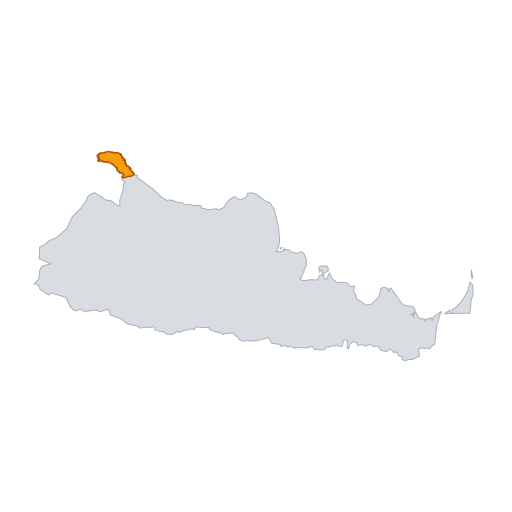 Misiones highlighted on a map of Argentina, rotated 274°
{"feature_id": "ARG-1312", "entity_name": "Misiones", "entity_type": "Province", "adm_level": 1, "iso_a3": "ARG", "parent_name": "Argentina", "parent_adm1": "", "projection": "equal_earth", "projection_center": [-54.653, -26.821], "detail": "fine", "context": "in_parent", "style": "filled", "palette": "amber", "viewbox_px": 512, "rotation_deg": 274, "n_neighbors": 0, "source": "natural_earth", "source_scale": "10m", "svg_char_len": 8173}
<svg xmlns="http://www.w3.org/2000/svg" viewBox="0 0 512 512"><g transform="rotate(274 256 256)"><path d="M308.1,157.5L305.3,163.2L306.0,167.0L303.6,175.9L304.3,177.7L302.2,181.9L303.0,186.5L302.0,190.8L302.6,196.3L301.8,198.0L300.0,198.5L298.8,206.1L300.5,213.4L299.2,214.8L301.8,220.1L309.4,224.7L313.4,229.4L313.5,231.4L311.5,234.3L311.4,236.8L312.5,240.1L314.5,242.2L318.2,243.4L318.7,248.1L318.1,251.1L311.4,261.7L310.0,266.3L303.6,271.0L287.0,276.3L274.1,278.4L266.7,278.0L261.7,275.8L262.3,281.7L264.8,283.4L263.5,283.5L264.6,284.6L264.2,289.4L262.7,290.3L261.7,294.3L261.9,297.8L263.5,300.6L262.1,303.4L256.6,306.3L250.0,306.9L237.5,302.4L237.9,301.7L237.3,301.4L235.3,302.3L234.7,306.2L236.3,312.3L236.2,317.5L237.0,319.2L241.6,321.2L241.3,323.3L242.8,323.5L246.0,323.0L246.3,321.3L244.6,320.7L248.8,319.3L250.6,321.5L250.9,326.9L250.3,328.3L246.9,329.2L246.0,329.0L243.9,325.3L242.2,324.5L237.6,326.5L237.1,327.7L244.2,330.4L239.2,333.2L235.4,338.1L235.8,347.1L235.0,349.6L232.4,351.9L232.0,353.6L233.0,354.6L232.7,356.3L227.3,355.8L223.7,358.5L220.3,359.4L214.7,369.4L215.9,374.2L223.4,381.2L232.4,383.0L233.6,385.4L233.4,388.1L232.5,389.7L229.4,391.3L232.1,391.3L233.4,392.6L218.6,404.9L216.9,408.4L216.6,415.8L215.5,417.3L212.4,418.7L210.1,417.2L208.2,414.5L208.4,416.7L205.5,417.5L209.1,417.6L210.9,419.3L206.3,422.0L205.1,424.3L204.8,427.7L203.1,429.6L204.6,429.2L206.5,435.6L202.8,436.1L207.5,437.2L213.4,444.5L213.0,445.0L212.8,444.3L198.7,441.0L180.2,440.5L180.2,439.5L175.6,435.6L176.2,432.8L175.3,430.4L176.0,428.2L175.0,425.5L173.4,424.6L167.6,426.2L163.5,418.9L163.3,415.0L162.0,412.5L162.7,409.2L165.7,409.1L166.3,405.6L169.9,403.0L169.6,399.7L171.8,397.8L172.2,396.2L169.6,391.9L170.8,387.2L174.6,383.6L173.8,379.0L175.9,376.8L173.6,370.7L175.7,368.1L174.4,366.7L174.1,363.5L176.4,362.6L177.5,359.1L174.9,355.9L170.5,355.0L170.1,353.3L177.9,353.2L178.6,350.7L178.0,349.1L172.0,348.4L171.7,344.9L172.8,342.7L171.5,340.4L171.7,338.3L170.0,335.2L171.3,333.8L167.2,330.6L166.7,325.3L167.5,324.0L166.7,321.1L170.0,318.5L167.9,313.3L167.5,303.5L166.7,300.8L168.6,296.8L167.3,294.1L168.7,292.0L167.7,286.9L169.4,286.5L170.1,277.6L174.5,275.0L175.3,273.2L171.3,262.0L171.4,257.7L170.5,255.7L171.2,253.2L170.2,249.6L171.3,245.2L174.3,243.5L174.5,242.0L177.5,239.0L176.9,231.6L175.2,227.9L176.8,226.5L177.5,220.8L179.6,214.9L181.6,213.8L180.8,207.0L181.2,200.8L178.4,199.7L178.8,195.3L177.7,194.2L176.9,189.6L174.8,185.5L174.6,183.6L175.6,182.4L173.5,180.8L171.8,177.0L171.9,173.4L172.2,171.1L174.3,169.3L173.8,167.6L175.3,160.3L177.5,160.0L178.6,157.4L177.3,156.0L177.4,151.6L176.0,145.3L178.0,142.2L179.3,132.4L184.1,125.4L187.1,114.4L189.9,114.2L192.7,111.8L189.5,104.6L191.2,100.0L188.8,90.4L189.3,86.8L190.9,84.7L188.8,81.0L189.3,78.0L192.0,74.5L201.5,69.3L204.8,54.3L202.7,51.7L207.7,42.8L211.4,41.3L212.9,36.7L217.9,41.1L226.4,41.2L230.7,43.0L233.9,51.8L238.1,40.1L249.8,39.6L252.3,43.9L256.9,48.6L260.1,55.1L270.0,65.3L282.5,70.2L290.2,77.0L299.2,82.8L303.6,84.1L307.0,88.1L307.8,91.1L305.9,93.4L304.5,97.9L302.1,100.4L301.2,103.3L301.3,106.9L296.8,114.1L297.0,116.7L301.7,116.1L313.0,118.9L318.5,118.9L320.2,120.1L323.2,116.8L328.0,118.1L331.0,112.3L334.2,111.2L337.5,107.2L339.1,102.2L339.7,91.7L341.6,92.4L344.7,90.9L347.6,93.0L349.9,102.0L349.4,110.5L348.1,113.9L344.7,115.8L342.8,118.3L337.5,120.1L334.6,124.6L327.9,129.4L328.3,131.9L326.1,131.8L315.1,149.2L308.1,157.5ZM213.9,473.3L211.7,448.4L215.7,453.3L213.9,453.0L213.6,455.4L216.6,455.9L218.3,458.8L225.3,464.3L235.3,469.7L244.9,471.3L242.5,474.0L233.3,475.3L227.6,473.8L213.9,473.3ZM248.8,473.0L251.6,472.0L257.2,471.8L249.9,473.8L248.8,473.0ZM266.1,280.3L266.1,281.5L264.2,279.6L266.1,280.3Z" fill="#d9dde1" stroke="#a8b0b8" stroke-width="1"/><path d="M339.9,92.8L340.1,92.7L340.1,92.4L339.9,91.9L339.9,91.7L340.4,91.6L340.5,91.7L340.6,91.8L340.6,92.0L340.9,92.1L341.1,92.2L341.3,92.4L341.4,92.6L341.5,92.9L341.5,93.1L341.6,93.3L341.7,93.1L341.7,92.8L341.7,92.7L341.9,92.4L342.0,92.3L342.0,92.2L342.0,91.9L342.2,91.7L342.3,91.7L342.5,91.8L342.8,91.5L342.9,91.4L343.2,91.3L343.3,91.4L343.4,91.6L343.6,91.9L343.6,92.0L343.7,91.9L343.8,91.7L344.1,91.8L344.3,91.8L344.3,91.5L344.1,91.0L344.3,91.0L344.5,91.1L345.0,90.6L345.2,90.9L345.1,91.1L345.0,91.3L345.1,91.6L345.2,91.9L345.3,92.0L345.5,91.9L345.5,91.7L345.4,91.6L345.4,91.4L345.5,91.3L345.8,91.6L346.0,91.5L346.4,91.7L346.6,91.9L346.6,92.1L346.6,92.4L346.7,92.8L347.0,92.8L347.4,92.5L347.5,92.6L347.6,92.9L347.7,93.4L347.7,93.6L347.6,93.8L347.6,94.0L347.9,94.4L348.0,94.5L348.1,94.8L348.1,95.0L348.1,95.9L348.2,96.7L348.2,96.8L348.1,97.1L348.2,97.3L348.3,97.4L348.6,97.8L348.9,98.2L349.0,98.6L349.1,99.1L349.2,99.6L349.8,100.5L350.0,101.0L350.0,101.5L349.9,102.0L349.4,102.8L349.3,103.2L349.5,104.6L349.5,105.0L349.3,105.2L349.2,105.3L349.2,105.5L349.3,105.7L349.3,105.9L349.1,106.4L349.1,106.7L349.2,107.3L349.2,107.5L349.1,107.8L348.9,107.9L348.8,108.1L348.8,108.3L349.0,108.4L349.1,108.6L349.0,108.8L349.0,109.0L349.3,109.5L349.5,110.4L349.4,110.8L349.3,111.3L348.8,112.5L348.7,112.7L348.4,112.9L348.5,113.3L348.4,113.5L348.2,113.8L348.3,114.1L348.2,114.4L348.0,114.5L348.0,114.4L347.9,114.2L347.6,113.9L347.5,114.0L347.4,114.5L347.1,114.6L347.0,114.4L346.9,114.3L346.7,114.4L346.7,114.6L346.8,114.8L346.5,115.0L346.4,114.9L346.2,115.0L345.4,116.3L345.0,116.3L344.7,116.2L344.7,115.9L344.4,115.7L344.3,115.9L344.0,116.9L344.0,117.0L343.9,117.1L343.9,117.5L343.7,117.7L343.5,117.8L343.5,118.0L343.4,118.1L343.3,118.3L343.1,118.3L342.9,118.2L342.6,117.8L342.6,118.3L342.5,118.6L342.4,118.7L342.3,118.2L342.2,118.1L341.6,118.0L341.4,118.1L341.5,118.6L341.5,118.8L341.3,118.9L340.6,119.2L340.4,119.1L340.3,118.8L340.2,118.7L339.9,118.8L339.8,119.0L339.8,119.3L339.6,119.6L339.4,119.7L339.3,119.4L339.2,119.4L339.1,119.5L339.1,119.8L339.0,120.0L338.9,120.1L338.6,120.1L338.1,120.3L338.0,120.2L337.9,120.1L337.9,119.9L337.9,119.7L337.7,119.7L337.6,119.9L337.5,120.0L337.4,120.3L337.4,120.6L337.3,120.9L337.1,121.1L336.8,121.1L336.7,121.1L336.7,121.7L336.7,122.3L336.6,122.6L336.4,122.8L335.8,123.4L335.5,123.5L335.3,123.4L335.2,123.3L334.9,123.2L334.8,123.3L334.9,123.6L335.2,123.9L335.4,124.2L335.3,124.4L335.1,124.4L334.9,124.2L334.8,124.3L334.6,124.3L334.4,124.4L334.4,124.8L334.1,124.7L333.9,124.5L333.7,124.4L333.5,124.5L333.4,124.7L333.2,125.0L332.9,125.3L332.6,125.4L332.4,125.3L332.1,125.5L332.0,126.0L331.8,126.1L331.7,126.1L331.6,126.3L331.6,126.6L331.5,126.8L331.0,127.5L330.9,127.6L330.7,127.7L330.4,127.6L330.2,127.6L330.1,128.0L329.9,128.2L329.8,128.3L329.8,128.5L329.7,128.6L329.5,128.4L329.4,128.2L329.2,128.2L329.1,128.3L329.0,128.6L328.1,127.8L327.8,127.4L327.6,127.2L327.5,126.9L327.4,126.5L327.4,126.3L327.3,126.1L327.2,125.9L326.8,125.5L326.7,125.3L326.7,125.2L326.6,124.5L326.5,123.4L326.5,123.0L326.3,122.4L324.7,118.7L324.7,118.2L324.8,117.8L324.9,117.3L325.0,117.2L325.3,117.0L325.3,116.9L325.6,116.9L325.8,116.9L326.1,117.0L326.2,117.3L326.4,117.8L326.5,117.9L326.6,118.0L326.9,118.1L327.5,118.5L327.9,118.2L328.3,117.6L328.6,117.3L328.9,117.3L329.1,117.1L329.3,116.9L329.4,116.6L329.4,116.4L329.4,116.2L329.5,115.9L329.5,115.7L329.5,115.4L329.2,114.8L329.2,114.6L329.5,114.5L329.7,114.4L329.7,114.1L329.8,113.8L329.9,113.6L330.1,113.6L330.4,113.6L330.7,113.6L330.8,113.4L330.8,112.7L330.9,112.4L331.0,112.1L331.2,111.9L331.4,111.7L331.6,111.7L332.1,111.6L332.6,111.2L332.9,111.2L333.1,111.4L333.3,111.5L333.5,111.5L333.9,111.6L334.1,111.5L334.3,111.3L334.3,111.0L334.2,110.5L334.3,110.2L335.0,109.4L335.7,109.2L335.9,109.1L336.0,108.9L336.1,108.7L336.2,108.4L336.4,107.8L336.5,107.5L336.7,107.3L336.9,107.2L337.4,107.2L337.5,107.3L337.8,107.1L337.9,106.8L338.0,106.4L338.0,106.1L337.9,105.8L337.9,105.6L337.9,105.4L338.0,105.1L338.1,104.9L338.4,104.6L338.8,104.2L338.9,103.7L339.0,102.9L339.1,102.7L339.2,102.2L339.2,101.6L339.2,101.3L339.2,101.2L339.3,101.0L339.4,100.8L339.5,100.6L339.3,100.2L339.2,100.0L339.5,99.0L339.5,98.7L339.3,98.2L339.3,97.8L339.3,97.7L339.2,97.5L339.3,97.4L339.7,97.3L339.8,97.2L339.8,96.8L339.8,96.1L339.8,95.9L339.9,95.6L340.0,95.4L340.0,95.1L340.0,94.9L339.7,94.5L339.7,94.3L339.7,94.1L339.5,93.3L339.5,92.9L339.9,92.8Z" fill="#f59e0b" stroke="#b45309" stroke-width="1.5"/></g></svg>